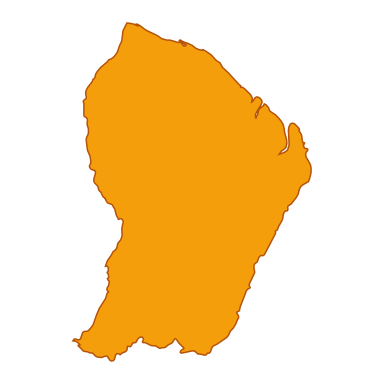 Guyane française, Natural Earth projection
{"feature_id": "FRA-2000", "entity_name": "Guyane française", "entity_type": "Overseas department", "adm_level": 1, "iso_a3": "FRA", "parent_name": "France", "parent_adm1": "", "projection": "natural_earth1", "projection_center": [-53.325, 3.928], "detail": "fine", "context": "isolated", "style": "filled", "palette": "amber", "viewbox_px": 384, "rotation_deg": 0, "n_neighbors": 0, "source": "natural_earth", "source_scale": "10m", "svg_char_len": 5748}
<svg xmlns="http://www.w3.org/2000/svg" viewBox="0 0 384 384"><path d="M105.4,266.4L107.0,261.7L108.1,259.6L111.1,255.5L113.1,251.7L115.8,249.5L116.7,247.9L117.3,246.0L117.5,244.4L117.9,243.2L120.8,239.7L122.1,235.9L121.8,228.9L122.5,225.0L123.1,222.9L123.2,221.5L122.7,220.3L121.6,219.0L120.9,218.6L120.0,218.8L119.2,219.1L118.3,219.3L118.3,218.7L116.4,215.4L114.7,208.8L113.9,207.8L112.3,204.9L111.4,204.3L108.7,203.4L107.7,202.9L107.3,202.5L106.5,201.4L105.7,199.6L105.1,198.5L104.8,198.5L104.5,197.7L103.0,196.8L101.0,192.5L100.5,191.8L99.3,190.8L98.8,190.0L97.9,186.7L97.4,185.8L94.7,183.0L93.9,181.4L93.8,179.1L94.2,177.7L95.2,174.4L95.5,173.0L95.2,171.1L94.3,170.4L91.6,169.5L90.6,168.8L89.7,167.5L89.4,165.9L90.3,164.2L90.8,162.6L90.7,160.2L90.0,156.2L87.5,150.3L86.2,140.3L86.4,137.9L88.0,134.5L88.4,132.9L88.4,129.1L88.2,128.0L87.2,125.0L87.1,122.7L87.4,120.9L87.4,119.3L86.4,117.6L85.7,117.1L84.8,116.8L84.2,116.3L83.9,115.1L83.9,103.6L83.4,102.3L83.3,101.3L83.7,100.4L85.8,98.7L86.2,98.2L86.3,96.8L85.6,93.1L85.9,91.5L86.3,90.0L87.8,87.3L92.2,81.6L92.5,81.0L92.7,80.0L93.0,79.4L94.3,78.4L94.8,77.8L95.7,74.1L96.6,72.5L97.4,71.3L100.8,67.3L107.1,62.0L108.6,59.9L111.3,58.8L113.8,56.9L115.9,54.4L117.5,51.7L119.7,45.3L121.3,42.0L121.8,40.4L123.0,30.8L124.4,27.9L126.0,24.8L126.8,23.1L127.7,23.0L131.2,23.6L133.7,24.1L135.6,25.0L137.2,25.7L137.8,25.8L137.5,25.3L135.8,24.3L136.5,24.1L137.6,24.3L140.3,25.9L142.4,27.5L143.9,28.7L145.3,29.6L146.8,30.6L155.9,34.9L158.7,36.5L161.1,38.3L162.9,39.1L164.0,39.3L166.7,40.1L169.9,40.1L175.6,41.7L178.3,42.5L180.4,42.3L181.4,43.0L182.7,44.9L184.2,46.2L185.9,45.6L186.0,44.5L184.6,44.2L183.0,43.0L181.4,41.5L179.9,41.1L179.4,41.3L179.2,40.7L180.1,40.0L180.8,40.2L182.4,41.3L184.9,42.4L188.4,43.5L190.2,44.5L192.2,45.4L196.0,48.4L198.9,49.6L202.2,50.4L202.5,49.7L203.1,49.7L205.4,51.0L210.9,54.6L216.3,60.5L220.0,62.8L222.5,67.4L228.2,72.7L239.5,85.0L240.4,85.5L240.7,85.7L240.6,86.3L240.5,86.9L240.6,87.3L241.0,87.4L242.0,87.2L242.4,87.3L244.4,88.6L250.6,94.7L252.4,98.2L251.7,102.0L253.1,100.9L255.2,97.6L256.9,96.9L258.8,97.4L260.5,98.7L261.7,100.4L262.1,102.3L260.7,105.4L257.8,109.9L255.4,114.5L255.6,117.9L256.1,117.9L256.3,116.6L256.9,115.7L257.4,115.1L257.7,114.4L258.1,112.1L258.8,109.7L260.0,108.2L263.4,105.7L264.3,103.9L265.8,104.7L267.4,106.3L268.8,108.2L269.3,110.0L270.1,111.3L275.4,114.8L278.1,117.4L280.9,120.8L283.2,124.6L284.1,128.5L284.6,132.2L286.5,139.4L286.9,143.1L286.0,147.3L283.9,149.4L281.3,151.2L279.2,154.3L284.1,152.5L286.8,150.8L288.0,148.9L288.2,147.9L289.0,145.4L289.1,143.7L288.4,130.4L288.9,127.1L290.2,124.3L291.2,123.5L292.5,123.2L293.8,123.5L295.1,124.3L298.9,128.3L299.5,129.4L298.9,130.5L301.1,134.0L301.8,136.1L301.9,138.2L302.4,140.9L303.2,142.8L304.5,142.8L304.4,143.6L304.0,144.3L303.6,144.8L303.4,144.7L303.5,145.4L303.9,146.9L304.5,148.2L305.9,148.5L307.2,148.7L307.8,149.5L307.5,150.8L306.8,151.5L306.0,152.4L305.7,154.3L305.8,155.9L306.3,157.4L309.5,162.8L310.5,165.1L311.0,167.6L311.1,171.1L310.8,173.9L309.3,179.6L308.4,181.6L302.4,185.1L300.4,187.1L299.2,189.9L298.5,193.0L297.5,195.4L296.2,197.6L291.0,204.2L288.5,205.6L287.9,206.3L287.7,207.3L287.9,209.2L287.8,210.0L287.1,210.9L286.5,210.9L285.9,210.8L285.1,211.2L283.9,212.8L283.3,214.6L282.7,218.6L281.9,220.7L278.6,226.5L277.7,229.1L277.0,230.2L275.4,231.1L275.4,231.8L275.6,232.7L275.5,233.5L264.7,254.1L263.9,255.1L262.8,255.7L262.1,255.7L261.5,255.5L260.5,255.7L258.9,257.3L257.3,261.8L254.4,264.2L253.9,266.0L254.0,268.1L254.7,272.1L254.6,272.8L249.5,283.6L249.1,285.0L249.4,286.1L250.0,287.1L250.1,287.8L249.1,288.5L248.2,288.8L247.5,289.3L247.0,290.0L246.4,290.8L240.1,307.1L239.6,309.9L239.4,310.7L238.7,311.2L237.1,311.9L236.7,312.3L237.0,313.3L238.3,315.6L238.7,316.7L238.5,317.9L238.2,318.7L237.7,319.2L237.3,320.1L235.6,324.3L233.2,328.2L230.3,331.2L228.6,335.0L227.5,336.6L226.1,337.9L217.1,344.1L213.7,345.8L212.3,347.0L211.3,349.2L210.7,351.3L210.2,352.2L209.3,353.1L208.8,353.2L208.0,353.0L207.6,353.1L207.1,353.5L206.4,354.6L205.9,355.0L204.2,355.1L201.1,354.3L197.7,353.9L195.2,351.5L193.5,350.9L192.0,350.9L182.3,353.0L181.1,353.1L180.2,352.2L180.8,350.8L182.2,349.5L183.8,348.8L183.8,347.9L178.8,343.0L176.7,339.8L176.1,339.1L175.0,338.7L174.6,338.9L174.4,339.5L172.2,342.7L171.3,343.4L168.5,344.7L165.5,347.2L164.6,347.6L161.6,347.8L159.9,348.3L158.7,347.8L156.1,346.1L154.8,345.8L152.1,345.7L150.8,345.4L145.4,342.7L143.0,342.6L142.5,342.2L142.5,341.6L143.4,339.7L143.4,338.8L142.5,337.3L141.2,337.0L139.7,337.4L138.3,338.4L137.4,339.6L136.7,341.2L135.9,342.4L134.9,342.7L133.0,342.9L132.0,344.2L131.3,345.8L130.2,346.7L128.6,346.5L127.7,346.2L127.3,346.6L127.2,348.9L126.6,350.6L125.2,351.8L121.8,353.2L121.4,353.5L120.6,354.5L120.1,354.6L119.6,354.5L118.8,353.8L118.4,353.7L116.7,353.7L116.1,354.2L115.5,355.5L114.4,359.4L113.4,360.6L111.5,361.0L110.4,360.6L109.7,359.9L107.2,356.3L106.7,356.1L105.4,356.2L103.8,356.6L102.5,357.2L101.1,357.5L97.1,356.9L96.4,356.6L95.4,356.0L93.3,353.8L92.3,353.0L91.7,352.9L91.2,353.0L90.0,352.9L89.2,352.7L88.0,352.0L87.4,351.8L84.0,351.3L82.7,350.5L81.2,348.6L78.5,346.3L78.2,345.3L80.0,345.0L78.6,343.3L76.9,342.0L75.1,341.1L72.9,340.9L74.2,339.1L75.3,338.9L78.0,339.8L79.6,339.6L80.5,338.8L82.7,332.5L83.5,331.9L84.3,331.4L86.1,331.4L87.3,331.2L88.3,330.7L92.1,326.3L93.4,324.0L96.6,314.8L99.4,308.2L105.2,299.1L105.9,297.6L107.1,293.3L107.7,292.5L108.6,291.9L107.6,290.9L107.1,290.3L106.9,289.7L107.0,288.7L107.3,287.6L108.4,285.8L108.6,285.2L109.2,282.4L109.2,281.1L108.8,280.9L107.9,279.8L107.4,278.5L108.4,277.9L108.7,277.3L108.6,276.0L108.1,273.7L107.9,273.5L107.2,272.9L107.2,272.3L107.5,272.0L107.9,271.7L108.1,271.5L108.3,269.5L108.1,267.4L107.2,266.1L105.4,266.4Z" fill="#f59e0b" stroke="#b45309" stroke-width="1.5"/></svg>